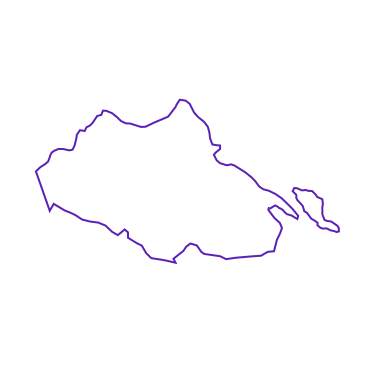 Timur Laut, Pulau Pinang, Malaysia, rotated 296°
{"feature_id": "92858781B26188199947326", "entity_name": "Timur Laut", "entity_type": "district", "adm_level": 2, "iso_a3": "MYS", "parent_name": "Malaysia", "parent_adm1": "Pulau Pinang", "projection": "robinson", "projection_center": [100.297, 5.392], "detail": "fine", "context": "isolated", "style": "outline", "palette": "violet", "viewbox_px": 384, "rotation_deg": 296, "n_neighbors": 0, "source": "geoboundaries", "source_scale": "gbopen_adm2", "svg_char_len": 2245}
<svg xmlns="http://www.w3.org/2000/svg" viewBox="0 0 384 384"><g transform="rotate(296 192 192)"><path d="M217.1,297.9L220.9,289.7L223.3,282.6L225.7,275.2L226.8,267.8L226.8,260.4L225.7,254.9L226.4,249.9L229.5,244.0L231.3,238.9L233.0,231.5L233.7,225.3L234.4,218.3L234.0,215.1L231.3,211.6L230.2,204.6L231.3,200.3L235.1,195.3L237.8,196.0L243.0,198.4L246.1,196.8L244.7,193.3L243.7,189.4L248.2,184.7L253.0,181.6L257.5,177.7L260.3,172.2L262.0,164.8L264.4,159.0L270.3,151.2L271.3,146.1L269.6,140.6L264.4,139.9L261.0,139.9L249.2,137.5L238.9,128.5L230.2,121.5L228.1,117.6L227.1,111.0L226.4,106.3L224.7,102.4L224.7,96.9L226.4,91.9L227.8,85.6L227.4,79.4L226.1,76.3L221.6,76.7L218.8,73.5L210.9,72.4L207.1,71.2L203.9,68.8L199.8,68.8L198.4,64.2L192.9,63.4L189.4,64.6L186.0,65.3L182.2,66.1L177.7,66.1L175.6,63.4L174.2,57.5L172.2,53.2L168.7,50.1L165.9,48.6L162.5,48.6L160.1,49.0L156.3,49.3L152.8,47.8L147.6,44.7L142.1,42.7L112.7,72.4L113.1,72.4L120.7,72.9L119.6,85.7L120.1,91.8L120.1,97.3L119.1,105.2L120.7,113.1L123.4,121.1L123.9,129.0L121.2,137.5L120.7,144.2L124.5,146.0L128.8,147.9L127.7,152.1L122.8,154.6L121.8,164.9L121.8,170.4L116.9,177.7L114.7,184.4L117.4,193.0L119.1,199.1L121.2,208.2L123.9,204.6L135.3,210.1L140.1,210.7L145.0,213.1L146.1,219.8L142.3,226.5L141.7,230.2L146.6,245.4L146.6,252.1L152.0,260.0L160.1,273.5L165.0,282.0L171.4,286.3L174.7,291.7L186.0,289.3L193.0,289.3L199.0,288.7L202.8,284.4L204.6,277.9L209.4,268.4L211.2,268.1L211.4,269.4L216.4,272.6L216.4,273.9L216.3,275.9L215.8,277.2L216.0,279.3L215.7,281.0L215.2,282.6L214.5,284.0L214.0,285.9L213.7,287.2L214.4,291.0L214.5,292.6L214.2,294.6L213.9,298.5L217.1,297.9ZM223.6,340.0L225.3,337.8L225.8,334.8L226.5,330.3L225.1,325.6L225.1,323.3L227.8,320.3L229.3,318.8L232.0,317.6L234.6,316.1L238.8,314.8L240.6,313.6L242.6,312.3L242.6,310.1L242.4,306.8L243.7,304.6L244.6,302.3L245.5,299.6L243.9,295.6L243.7,293.3L242.6,291.8L241.7,290.1L241.5,287.6L241.5,285.1L240.4,282.1L236.9,282.1L235.1,287.1L232.4,288.3L230.7,290.6L229.6,293.8L228.0,297.6L226.2,299.3L224.0,301.3L223.6,304.6L222.3,307.1L220.3,310.8L220.0,315.3L219.4,318.3L217.2,319.3L216.1,323.1L216.5,325.8L218.3,328.8L218.3,333.3L219.2,337.0L219.4,339.5L220.9,341.3L223.6,340.0Z" fill="none" stroke="#5b21b6" stroke-width="2"/></g></svg>